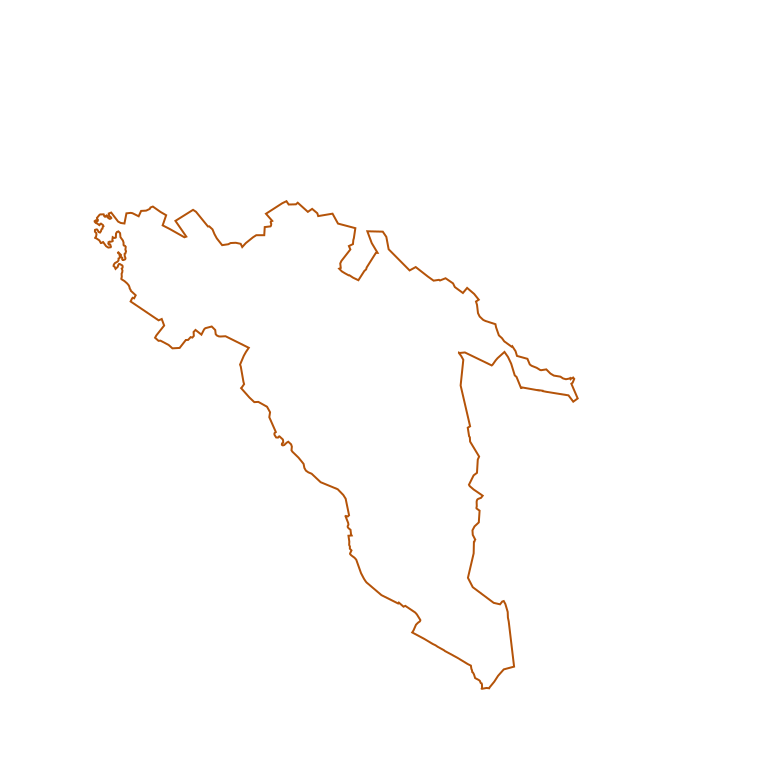 Pušas pag., Rezeknes, Latvia, rotated 53°
{"feature_id": "27541924B59366467531122", "entity_name": "Pušas pag.", "entity_type": "district", "adm_level": 2, "iso_a3": "LVA", "parent_name": "Latvia", "parent_adm1": "Rezeknes", "projection": "robinson", "projection_center": [27.179, 56.243], "detail": "fine", "context": "isolated", "style": "outline", "palette": "amber", "viewbox_px": 768, "rotation_deg": 53, "n_neighbors": 0, "source": "geoboundaries", "source_scale": "gbopen_adm2", "svg_char_len": 6087}
<svg xmlns="http://www.w3.org/2000/svg" viewBox="0 0 768 768"><g transform="rotate(53 384 384)"><path d="M512.0,243.5L512.1,238.0L496.5,234.2L496.5,232.6L494.4,229.0L492.7,229.1L492.8,229.9L492.3,230.5L492.4,232.1L491.3,231.8L491.2,232.7L489.7,235.8L487.4,237.6L484.3,238.7L479.5,243.3L475.8,244.8L470.0,245.6L467.6,250.1L466.9,250.8L463.0,252.3L458.2,255.2L456.1,255.8L450.2,254.3L441.6,260.9L437.0,259.2L431.0,258.8L431.1,259.6L422.3,262.3L418.4,262.2L414.3,263.0L406.2,260.4L403.3,259.0L394.8,265.0L392.5,266.2L387.7,267.0L384.0,266.3L376.8,262.1L373.5,260.9L373.7,257.6L366.3,257.8L357.3,259.8L358.8,266.2L349.2,269.1L345.2,268.3L336.6,271.2L335.0,277.0L333.9,277.4L331.3,282.2L324.6,284.3L309.7,288.3L308.7,295.2L279.2,299.2L267.9,293.6L261.6,293.3L252.0,305.4L264.1,309.0L275.4,310.2L274.4,311.6L280.5,327.7L281.7,329.3L281.9,331.7L285.7,342.0L280.5,344.7L276.3,346.2L276.0,346.8L272.0,348.6L268.7,349.9L264.9,350.4L265.3,348.7L261.4,346.4L260.1,344.0L256.3,329.9L252.7,329.0L253.6,324.6L250.6,321.9L249.4,320.3L242.3,313.1L228.2,324.2L217.0,322.6L210.3,335.5L207.5,334.5L200.9,336.0L200.7,341.2L187.3,343.8L187.5,346.2L183.3,352.1L179.3,351.9L178.4,356.5L177.0,375.8L186.5,375.1L186.2,376.7L186.7,377.2L188.3,377.7L189.5,378.9L189.8,379.8L186.9,384.8L193.1,390.1L188.3,396.4L188.0,400.3L188.3,409.6L189.3,414.8L185.8,414.1L182.0,417.4L179.1,421.7L178.7,424.2L175.7,429.7L167.1,429.9L162.3,429.2L157.3,427.9L152.9,428.7L152.3,429.8L133.3,430.5L130.0,431.7L128.2,452.4L147.3,453.2L146.7,455.1L131.1,461.9L124.1,465.3L118.1,456.4L112.2,458.9L103.2,461.8L102.5,464.3L103.2,465.7L102.4,469.6L99.6,473.8L102.4,479.0L96.2,482.1L94.9,483.3L92.7,487.0L99.6,494.7L97.0,497.3L94.3,498.6L82.9,498.7L82.2,501.2L84.5,502.3L86.1,501.8L87.3,501.9L87.4,502.8L87.1,503.6L86.6,503.9L84.8,504.4L84.1,504.4L83.3,503.9L82.5,503.9L82.3,505.4L82.7,505.7L82.6,506.1L81.7,506.4L79.8,505.8L77.8,508.5L77.7,509.4L78.6,513.3L79.4,513.7L80.7,513.7L81.4,514.3L81.5,515.9L81.1,515.9L80.7,515.4L80.1,515.5L79.8,515.8L79.8,517.1L80.4,517.4L82.1,517.2L83.4,516.4L85.6,515.8L85.8,515.7L85.5,515.0L85.7,514.7L85.4,513.9L85.6,513.5L88.0,512.8L89.2,513.1L89.3,514.1L90.5,515.4L90.4,515.8L90.5,516.6L91.7,518.2L92.1,519.7L90.9,520.4L88.1,520.1L87.5,520.6L87.0,522.0L87.9,522.9L88.9,523.2L90.1,522.9L91.6,523.7L93.0,525.3L93.4,526.7L93.6,526.8L94.5,526.1L98.0,524.9L101.0,525.3L101.4,524.6L101.6,523.7L101.4,523.5L101.6,522.9L106.7,523.0L109.1,522.1L110.3,520.0L110.1,519.5L107.8,518.7L107.4,518.9L107.2,519.7L106.0,519.7L105.6,519.0L105.0,518.7L105.1,517.6L105.8,516.9L106.6,514.9L106.5,514.5L105.2,514.0L103.5,512.3L104.9,511.7L105.5,510.7L105.6,510.0L102.5,507.4L101.9,505.9L102.3,504.3L104.7,504.0L108.1,506.1L112.3,506.2L114.3,506.9L116.2,508.3L116.8,508.4L117.8,507.7L119.0,507.7L121.1,509.7L122.7,510.1L124.1,512.0L123.9,512.7L124.6,513.3L125.8,514.1L127.9,514.7L128.6,515.6L128.6,516.0L128.2,517.5L127.7,518.1L126.7,518.0L125.8,517.1L123.8,517.6L122.7,516.4L119.0,516.9L119.0,517.4L119.5,517.6L120.8,517.1L123.9,518.6L124.2,519.2L124.0,520.5L125.3,521.4L125.8,522.5L125.9,523.4L125.5,526.0L125.8,527.2L126.3,528.3L127.1,529.0L128.1,528.6L130.5,529.1L130.2,526.2L129.0,524.5L128.7,523.3L129.2,522.8L131.7,521.7L132.2,521.7L133.3,522.3L134.1,523.5L134.0,524.0L136.0,524.6L137.3,525.9L138.0,527.2L140.6,528.9L141.9,530.5L142.3,530.6L145.7,529.3L149.2,528.6L151.8,528.5L153.8,529.1L154.7,529.6L156.3,529.7L157.2,530.1L163.7,528.9L165.2,532.0L163.9,532.8L164.1,533.8L165.6,536.7L197.5,525.7L198.3,522.4L205.0,524.4L208.2,536.6L209.3,539.0L213.8,538.1L214.9,536.4L223.2,532.5L228.2,531.5L232.2,525.5L229.6,515.8L230.9,513.9L230.2,510.2L231.6,509.1L231.1,506.9L227.9,504.8L227.4,502.0L234.7,500.1L232.1,494.8L231.9,493.1L234.4,487.0L239.3,486.3L242.9,488.4L244.6,488.3L246.5,487.3L247.6,486.1L250.5,481.8L273.7,470.2L275.3,474.9L277.1,479.0L281.9,487.3L283.9,487.9L297.8,495.0L299.9,495.8L301.1,499.4L301.3,500.6L313.9,499.6L320.4,498.5L322.7,495.1L331.8,491.1L338.0,492.0L341.5,495.6L357.3,499.3L357.3,500.8L357.6,501.3L358.4,501.9L359.2,502.1L361.8,502.3L363.0,500.9L362.7,499.4L362.9,499.0L367.3,498.2L368.1,498.4L370.2,499.8L370.1,501.2L371.0,502.1L371.5,502.1L372.2,501.7L372.7,500.4L372.3,496.9L372.5,495.2L376.3,494.5L378.6,495.3L381.3,497.8L383.0,497.9L391.3,496.6L399.4,496.3L403.1,498.1L406.2,498.5L409.0,497.6L412.1,495.8L424.3,493.7L440.2,484.3L448.2,483.3L451.6,483.6L452.4,483.6L467.8,490.9L468.0,492.5L467.8,492.9L466.4,493.9L466.4,494.3L473.3,496.2L475.0,497.1L475.7,498.6L476.6,499.1L477.9,499.1L480.3,498.5L484.2,500.8L485.5,501.0L483.8,503.7L488.9,506.5L491.6,508.7L493.2,509.0L495.0,510.4L497.3,510.1L499.0,513.2L499.4,513.4L501.0,513.3L505.1,512.1L507.6,511.9L521.3,516.2L527.4,517.2L530.2,517.4L531.9,517.4L551.1,513.1L567.8,504.8L567.5,503.7L573.6,502.4L574.0,500.5L585.3,496.6L587.8,496.4L594.3,497.0L594.8,497.4L595.2,498.4L595.1,500.4L595.5,503.3L598.6,508.8L599.4,511.0L611.9,505.2L620.8,501.6L623.7,500.1L626.1,499.3L632.8,496.3L633.8,496.1L646.7,490.2L658.0,485.7L661.2,484.1L664.2,485.7L665.3,485.9L667.3,486.9L668.0,486.6L670.0,486.9L673.7,488.2L677.3,486.5L678.7,486.1L681.0,486.7L681.9,486.2L683.1,486.7L685.7,488.6L686.1,489.3L686.4,489.2L688.4,485.1L690.3,483.1L689.9,482.5L688.1,475.1L685.7,468.5L684.0,460.1L688.0,450.2L648.7,427.3L645.1,425.6L640.5,422.4L632.8,419.5L629.4,419.0L628.9,420.5L629.8,423.9L624.8,428.1L599.7,435.4L589.3,433.6L573.2,414.3L564.2,407.2L564.3,406.6L563.4,405.6L563.2,404.8L557.9,403.9L554.1,401.4L552.2,397.4L551.6,391.6L542.7,383.9L539.1,385.0L538.3,384.5L537.5,383.5L533.8,380.9L532.8,379.8L532.4,378.7L532.5,377.7L533.3,375.0L532.6,372.4L522.2,375.9L517.2,377.0L515.6,376.8L510.9,367.4L510.9,363.2L500.8,354.6L499.2,351.7L481.8,349.9L478.2,347.5L477.0,347.5L469.3,343.4L469.6,340.7L431.3,323.7L412.4,306.1L408.1,305.5L404.3,305.5L404.1,305.3L404.7,305.0L407.5,300.4L434.0,286.8L433.9,285.5L432.3,280.5L431.7,277.7L430.9,268.5L437.0,268.7L444.3,270.2L455.8,274.4L458.1,273.9L469.7,277.0L469.9,276.7L469.3,276.3L482.1,264.4L481.9,264.3L484.9,261.3L485.2,261.5L488.1,258.9L504.1,243.5L512.0,243.5Z" fill="none" stroke="#b45309" stroke-width="2"/></g></svg>